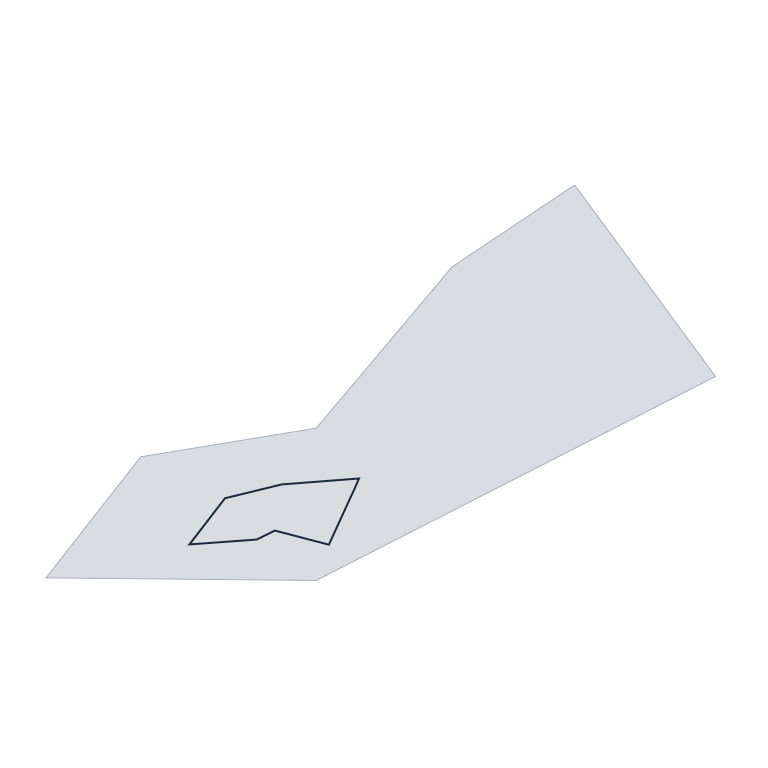 Au Cap on a map of Seychelles (Robinson projection), rotated 92°
{"feature_id": "SYC-5201", "entity_name": "Au Cap", "entity_type": "state/province", "adm_level": 1, "iso_a3": "SYC", "parent_name": "Seychelles", "parent_adm1": "", "projection": "robinson", "projection_center": [55.515, -4.708], "detail": "fine", "context": "in_parent", "style": "outline", "palette": "slate", "viewbox_px": 768, "rotation_deg": 92, "n_neighbors": 0, "source": "natural_earth", "source_scale": "10m", "svg_char_len": 442}
<svg xmlns="http://www.w3.org/2000/svg" viewBox="0 0 768 768"><g transform="rotate(92 384 384)"><path d="M582.7,445.0L589.5,715.0L465.2,624.6L430.5,450.1L264.6,320.1L178.5,200.4L364.9,53.0L582.7,445.0Z" fill="#d9dde1" stroke="#a8b0b8" stroke-width="1"/><path d="M546.5,433.5L534.3,488.0L543.9,505.8L551.1,572.8L503.7,538.9L499.3,523.1L487.9,482.6L479.3,405.7L489.0,409.5L546.5,433.5Z" fill="none" stroke="#1e293b" stroke-width="2"/></g></svg>